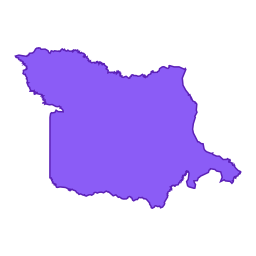 the district of Bagamoyo, Pwani, United Republic of Tanzania
{"feature_id": "72390352B29680200356010", "entity_name": "Bagamoyo", "entity_type": "district", "adm_level": 2, "iso_a3": "TZA", "parent_name": "United Republic of Tanzania", "parent_adm1": "Pwani", "projection": "mercator", "projection_center": [38.556, -6.309], "detail": "fine", "context": "isolated", "style": "filled", "palette": "violet", "viewbox_px": 256, "rotation_deg": 0, "n_neighbors": 0, "source": "geoboundaries", "source_scale": "gbopen_adm2", "svg_char_len": 5681}
<svg xmlns="http://www.w3.org/2000/svg" viewBox="0 0 256 256"><path d="M240.6,171.6L238.1,170.5L235.7,168.1L234.3,166.1L234.6,165.6L234.1,164.6L233.9,165.1L232.7,165.2L232.3,164.1L232.5,163.7L232.5,163.4L232.1,163.7L231.3,162.7L228.8,162.0L228.8,161.7L229.6,161.9L229.2,160.9L230.2,160.7L229.9,159.6L229.1,159.6L227.4,158.7L227.0,159.4L223.1,159.5L219.5,156.2L216.5,156.1L212.9,154.5L212.5,154.0L212.7,153.1L211.2,153.5L206.5,151.7L204.8,150.2L204.0,148.7L203.1,143.8L201.2,143.6L198.8,141.8L197.8,141.8L193.4,133.1L192.6,129.2L193.3,123.8L195.3,117.3L194.8,116.4L197.0,112.3L196.3,110.2L196.8,104.3L196.3,103.2L195.4,103.2L195.2,102.1L192.7,100.9L191.4,97.9L191.1,98.5L189.8,94.6L188.8,94.8L188.5,95.8L188.4,93.6L185.7,90.2L183.0,85.2L182.3,78.1L185.8,69.5L185.3,68.5L184.5,69.3L179.1,66.9L174.2,66.9L169.6,65.6L168.9,66.0L169.3,67.1L168.1,68.4L167.1,68.3L163.9,66.7L162.2,66.9L159.6,68.7L159.1,70.7L157.6,71.7L157.3,72.3L153.3,72.4L152.9,72.3L153.1,71.1L152.6,71.0L152.7,71.6L151.3,71.7L151.3,72.9L150.7,73.3L150.6,74.0L148.4,74.8L148.0,75.7L147.3,76.0L147.3,76.7L146.3,76.8L145.4,77.6L143.7,76.7L144.3,76.4L144.2,76.0L145.3,76.0L144.7,75.1L143.3,75.3L142.4,74.4L140.0,76.0L137.9,76.3L136.5,75.6L133.6,75.5L132.9,74.8L131.9,74.9L131.1,75.5L131.2,76.4L129.9,77.0L129.8,78.0L128.8,78.3L126.1,76.3L123.1,77.4L121.8,76.9L121.9,75.9L120.4,76.0L120.6,74.3L120.6,74.0L120.0,74.5L120.0,72.6L119.5,72.9L118.9,72.7L119.3,72.0L118.4,71.2L118.3,71.9L117.2,71.3L117.2,71.8L116.7,72.0L117.3,72.9L116.4,73.8L116.3,72.8L115.1,72.7L114.3,71.8L113.6,72.4L113.7,73.0L112.0,72.1L110.9,72.7L109.9,72.1L107.9,72.8L108.2,70.3L106.1,68.8L106.6,67.7L107.2,67.7L107.1,66.9L104.9,65.5L104.3,64.2L103.9,64.3L104.0,63.7L102.6,63.6L102.6,64.6L102.2,64.7L101.5,63.3L100.7,63.2L101.3,62.6L99.9,61.9L98.9,64.0L98.4,62.2L97.7,62.3L97.2,61.5L96.4,61.8L96.6,62.6L94.9,63.1L94.5,62.4L93.7,62.4L91.5,62.7L90.4,61.7L90.4,60.9L89.2,61.6L88.2,60.4L88.8,60.0L87.9,58.4L86.8,57.9L87.0,56.8L86.3,57.2L84.9,56.1L84.3,57.2L83.5,56.8L85.3,55.3L85.2,55.0L84.3,55.1L84.6,54.3L83.7,53.4L82.0,53.1L81.5,52.5L80.3,53.2L79.3,52.1L79.0,52.6L78.3,52.5L79.2,51.3L77.9,51.1L77.6,50.1L76.5,50.7L75.7,50.0L74.6,50.5L73.8,49.9L72.7,50.6L73.1,51.4L72.7,51.9L71.6,51.1L69.4,51.2L67.9,50.1L66.8,51.1L65.2,50.6L64.5,49.3L63.5,50.0L62.2,48.9L60.8,50.1L60.4,51.2L59.5,51.5L59.0,50.9L58.3,51.3L54.5,50.8L53.6,51.5L51.3,50.8L50.0,53.3L48.9,52.7L48.0,50.7L45.1,49.1L41.4,49.3L40.8,49.1L40.2,48.1L38.7,47.8L38.3,48.2L37.1,48.0L35.6,49.0L34.1,51.7L32.5,53.0L29.4,53.3L28.9,54.7L28.4,54.7L28.1,55.5L27.1,55.6L26.8,56.4L18.9,55.1L15.4,56.1L16.1,57.4L18.6,58.0L18.5,58.9L19.1,59.7L20.7,60.1L20.5,60.8L22.7,61.4L23.2,62.1L22.5,63.0L24.4,63.6L23.8,64.3L24.8,64.0L24.7,65.0L25.2,65.6L26.7,66.3L26.4,67.1L27.0,68.1L26.2,68.6L26.5,69.4L23.4,70.4L23.5,72.0L23.0,73.5L24.4,74.6L25.3,74.3L25.8,76.0L27.0,77.9L26.4,78.8L27.1,79.3L27.4,81.1L27.0,82.4L28.3,82.8L27.2,83.3L28.4,86.3L29.7,87.4L29.6,88.0L30.6,90.1L30.1,91.2L32.0,91.2L32.0,90.8L32.5,90.8L33.4,91.3L34.1,90.6L34.4,91.5L35.1,91.9L34.5,93.1L34.1,93.1L34.4,94.2L36.1,93.7L36.6,92.5L37.0,92.4L37.8,93.9L42.0,94.6L42.1,95.1L41.4,95.9L43.4,95.9L42.2,97.2L42.2,97.7L43.7,98.3L42.9,99.7L43.3,99.9L42.8,100.2L45.0,100.0L44.9,101.4L45.4,101.9L43.2,102.5L43.0,103.0L45.3,103.0L44.9,104.2L45.8,103.9L49.4,104.8L52.1,104.5L56.0,106.5L57.9,106.7L59.5,106.2L60.0,107.1L60.6,107.1L60.2,108.1L61.3,108.2L63.0,110.3L63.2,111.8L58.1,111.6L56.1,110.2L54.9,112.4L52.4,112.9L51.6,112.7L50.6,113.6L50.0,117.4L49.9,177.8L51.2,178.0L51.0,178.9L52.2,179.4L51.7,180.6L52.9,181.9L52.5,182.8L55.6,184.2L54.5,184.8L55.7,185.3L56.5,187.2L57.5,187.4L60.0,186.9L65.5,187.5L68.7,189.0L70.1,189.2L70.2,189.8L68.9,190.1L69.4,190.5L70.4,190.6L71.6,189.4L72.3,189.3L73.0,190.0L75.5,190.8L76.8,192.7L77.8,193.0L79.0,194.4L80.6,193.9L83.3,195.2L84.5,194.8L84.7,195.5L86.2,196.1L89.0,194.8L90.5,194.7L91.7,195.2L93.7,193.9L94.1,192.8L94.9,192.4L96.0,192.4L97.2,193.1L99.2,192.3L101.3,192.1L103.6,192.8L106.2,191.1L108.1,192.1L108.6,191.8L113.2,195.8L115.9,194.9L118.3,197.3L119.5,197.0L121.8,198.6L123.4,199.0L126.3,198.9L127.7,198.1L127.7,197.4L129.4,196.5L130.8,197.0L130.9,197.6L131.9,198.1L132.6,200.1L133.7,200.8L135.9,199.5L137.4,199.5L138.9,197.5L141.1,197.8L142.1,197.4L144.0,198.9L144.6,198.6L146.1,199.1L147.4,200.4L149.6,203.0L149.6,204.0L151.2,206.6L151.2,207.6L151.8,208.0L152.3,208.2L154.2,207.2L155.2,205.8L156.0,205.8L157.6,206.6L159.7,206.2L160.6,207.8L162.6,207.0L164.3,204.7L164.7,203.4L164.3,202.4L167.6,196.9L167.4,195.9L167.8,195.5L167.2,194.9L167.8,193.8L167.3,193.5L168.3,191.6L169.9,191.0L170.0,189.7L171.6,189.8L171.6,188.6L170.9,188.3L171.2,187.5L170.7,187.7L170.3,186.8L171.8,186.3L171.8,185.8L172.6,185.4L173.2,185.3L174.7,186.2L175.1,186.1L175.0,185.3L178.2,184.7L179.1,182.7L180.0,182.6L179.7,182.1L180.2,181.1L181.3,180.1L181.5,180.6L181.6,180.1L182.4,180.1L182.3,179.5L182.8,179.4L182.5,178.2L183.1,178.0L182.4,177.5L183.0,177.0L182.5,176.8L183.0,176.2L182.8,175.5L184.9,175.4L184.6,175.0L185.3,174.7L184.9,174.3L185.3,173.8L186.1,173.9L186.0,172.2L186.6,172.7L187.0,172.4L186.5,171.4L186.7,170.9L188.2,171.4L189.0,173.3L188.2,179.4L186.6,181.5L187.6,185.8L189.1,186.9L194.1,188.3L194.9,188.1L195.5,184.5L194.5,183.0L193.9,180.9L197.3,180.6L198.4,177.6L199.3,177.4L200.4,176.2L208.4,172.4L209.1,170.1L210.1,169.6L210.4,168.7L215.0,169.5L216.5,171.0L220.7,171.9L222.2,177.2L220.5,181.6L224.2,179.8L225.4,180.9L230.1,181.4L231.9,183.3L233.2,181.8L233.4,180.9L232.7,180.6L233.4,180.1L233.7,177.9L234.2,177.5L235.1,177.9L234.6,176.7L235.4,176.5L235.9,177.4L236.4,176.2L237.9,175.8L238.5,174.0L239.4,174.1L240.1,173.6L239.8,172.7L240.6,172.4L240.6,171.6Z" fill="#8b5cf6" stroke="#5b21b6" stroke-width="1.5"/></svg>